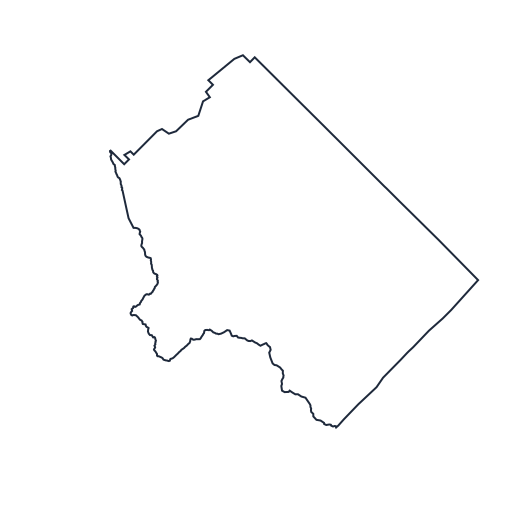 Josephine, Oregon, United States of America, rotated 315°
{"feature_id": "52423323B30410916636748", "entity_name": "Josephine", "entity_type": "district", "adm_level": 2, "iso_a3": "USA", "parent_name": "United States of America", "parent_adm1": "Oregon", "projection": "equal_earth", "projection_center": [-123.844, 42.39], "detail": "fine", "context": "isolated", "style": "outline", "palette": "slate", "viewbox_px": 512, "rotation_deg": 315, "n_neighbors": 0, "source": "geoboundaries", "source_scale": "gbopen_adm2", "svg_char_len": 5041}
<svg xmlns="http://www.w3.org/2000/svg" viewBox="0 0 512 512"><g transform="rotate(315 256 256)"><path d="M191.4,433.9L191.6,433.9L194.2,434.1L202.7,433.6L223.9,433.2L226.2,433.3L248.5,434.0L259.8,431.9L284.7,431.7L294.2,431.4L296.7,431.4L302.2,431.6L303.3,431.6L325.5,431.1L343.9,432.2L355.7,432.2L396.0,430.1L396.5,373.7L396.1,318.0L396.1,300.3L396.0,297.8L395.9,207.8L395.8,182.5L395.6,114.6L388.8,114.7L388.7,104.8L380.1,101.3L346.6,98.0L346.6,104.5L336.7,104.5L335.6,111.1L327.9,109.2L314.3,116.1L304.3,111.6L287.7,111.3L280.9,107.9L279.3,99.7L274.2,97.8L241.2,97.9L241.2,93.2L234.4,91.5L234.5,97.9L227.7,97.9L227.7,77.9L227.6,78.1L226.8,78.7L226.3,79.6L226.4,81.0L225.8,81.7L224.7,82.4L223.6,82.6L223.1,83.5L222.6,84.3L221.9,85.1L221.5,86.2L221.2,87.6L220.8,88.9L220.3,90.0L220.5,91.8L219.6,92.9L219.0,94.0L218.1,94.9L217.6,95.6L217.0,96.6L216.3,96.9L215.9,97.9L215.6,98.8L215.1,99.8L215.0,100.5L214.7,101.1L214.4,101.6L214.2,102.1L214.1,102.9L214.2,103.5L214.4,103.9L214.4,104.8L213.9,105.7L213.7,106.5L213.3,107.0L213.0,107.8L212.7,108.0L212.3,108.4L211.7,109.0L211.2,109.6L210.8,110.8L210.3,111.7L209.9,111.9L209.5,112.3L209.6,112.7L209.5,113.3L208.9,113.8L207.9,114.5L208.0,115.0L207.8,115.5L197.9,130.9L192.6,139.2L189.3,149.5L190.0,150.2L190.9,151.2L191.8,152.7L192.2,154.3L192.2,155.1L191.7,155.8L191.5,156.7L190.8,157.2L189.9,157.6L189.1,158.3L189.1,158.8L189.0,160.3L188.5,161.5L188.4,162.6L187.9,163.5L187.1,164.1L186.4,164.6L185.6,165.2L184.6,166.3L183.8,166.6L183.1,167.0L182.4,167.4L181.8,168.2L181.7,169.4L181.8,169.9L181.8,170.4L181.6,171.4L181.6,172.3L180.8,173.5L180.5,174.3L179.8,175.3L178.9,176.2L178.1,177.5L178.0,178.2L178.0,179.2L178.5,180.2L178.7,180.9L179.5,182.0L180.0,183.0L179.4,184.1L178.5,184.7L178.1,185.5L177.5,186.3L177.1,186.6L176.3,187.3L176.2,188.2L175.9,188.6L175.1,189.6L174.0,190.8L173.7,191.5L173.0,192.4L172.8,193.6L172.2,194.3L171.8,194.9L171.7,196.2L171.9,197.0L172.2,197.5L172.6,198.4L172.5,199.0L172.8,199.4L172.6,200.0L172.0,200.1L171.5,200.3L171.2,200.8L171.4,201.0L171.0,201.7L169.9,202.0L169.4,202.6L169.4,203.1L169.3,203.7L169.0,204.3L168.2,204.6L167.8,205.5L167.1,205.8L166.2,206.2L165.2,206.3L163.9,206.4L162.6,206.4L161.4,207.2L160.3,207.3L159.5,207.7L158.4,207.8L157.7,208.2L156.2,208.1L155.3,208.4L154.4,208.0L154.3,207.7L153.8,207.6L152.9,207.6L152.3,206.6L152.0,206.0L151.3,205.5L150.4,205.4L149.1,205.2L148.2,205.5L147.0,205.8L145.6,206.3L144.9,206.5L143.9,206.6L143.1,206.6L142.3,207.1L140.9,207.2L139.5,208.0L138.6,207.5L138.0,207.2L137.1,207.0L135.5,206.9L134.5,206.5L134.4,205.7L134.2,205.3L133.7,205.0L133.3,205.1L132.7,205.6L132.2,205.9L131.9,205.8L130.5,205.7L130.1,206.3L129.9,206.8L129.5,207.3L128.4,207.3L127.3,207.5L126.6,208.1L126.1,209.7L126.5,210.6L127.3,210.8L128.2,211.7L129.2,213.0L129.3,215.8L128.9,219.0L129.5,220.7L129.1,222.5L128.5,222.8L127.9,224.0L128.9,225.5L129.5,226.3L129.0,227.2L128.7,227.6L128.5,228.8L128.9,229.8L129.1,231.0L127.8,231.7L126.2,233.0L125.3,235.0L125.1,236.9L126.3,238.3L126.0,239.5L125.7,240.8L126.1,241.2L126.7,241.3L126.9,242.1L126.6,242.8L125.8,244.0L125.3,245.2L124.3,245.5L123.8,246.1L123.0,246.4L122.4,247.3L121.5,247.5L120.8,247.6L120.5,248.3L120.2,249.2L119.2,249.6L118.4,249.7L117.6,250.1L117.4,251.0L117.4,252.4L117.2,253.1L117.0,253.8L116.9,254.4L116.8,255.1L115.9,256.2L115.6,256.4L115.5,257.2L116.2,257.9L116.5,258.5L117.0,259.8L117.4,260.8L117.7,262.0L117.3,263.8L117.7,264.8L118.1,265.4L118.5,266.2L119.2,267.0L119.6,267.9L120.1,268.7L121.1,269.1L121.5,268.8L122.8,268.3L123.7,268.9L124.9,269.4L126.5,269.6L128.9,269.6L130.0,269.6L131.5,269.7L133.9,269.6L135.3,269.8L137.0,269.6L138.4,269.9L140.2,270.2L141.6,270.1L143.7,270.4L145.9,270.3L147.5,270.5L149.1,269.8L149.9,269.2L150.7,268.6L151.5,268.3L152.1,269.0L152.4,270.8L153.5,271.8L154.9,272.5L156.3,274.0L157.5,275.1L158.1,275.1L159.0,275.0L160.3,274.6L162.7,274.2L163.4,273.9L164.1,273.8L164.6,273.8L165.3,273.3L166.6,272.4L167.8,272.5L169.3,273.8L169.8,274.6L170.6,275.4L171.3,275.4L171.8,277.6L171.8,279.8L172.5,281.1L172.8,282.5L173.8,283.7L174.2,284.8L176.4,286.2L179.5,287.3L183.2,288.0L184.6,290.1L183.2,293.7L182.5,295.2L183.1,296.7L184.2,297.3L185.9,298.8L185.7,301.0L186.5,302.1L187.6,303.4L188.4,304.8L189.8,306.2L190.1,309.5L190.7,310.9L191.9,312.2L193.4,312.8L194.2,316.5L195.0,318.4L195.2,320.4L195.7,322.6L198.1,323.4L199.6,324.0L200.8,324.4L201.6,324.8L201.6,325.5L201.2,327.1L201.3,328.9L201.5,330.3L200.0,332.7L197.0,333.7L194.4,337.8L191.8,343.7L192.0,346.1L193.3,347.9L194.2,351.9L193.9,354.2L193.9,356.1L192.0,357.9L191.0,360.0L190.2,360.5L189.3,361.3L187.5,361.7L185.6,362.4L183.9,364.9L182.0,365.8L179.2,369.6L180.0,372.5L183.0,375.2L184.6,375.0L185.1,377.8L186.0,381.6L187.9,383.4L188.7,387.4L190.8,391.2L190.3,393.8L189.4,398.6L188.9,400.1L187.8,401.2L187.1,402.9L185.9,403.8L184.8,405.3L184.9,408.1L183.1,410.0L182.9,414.6L185.3,418.0L186.1,422.1L185.4,423.0L186.2,425.2L188.2,426.6L189.0,427.3L189.6,428.3L189.2,429.1L189.9,431.0L191.5,431.9L192.1,432.9L191.5,433.6L191.4,433.9Z" fill="none" stroke="#1e293b" stroke-width="2"/></g></svg>